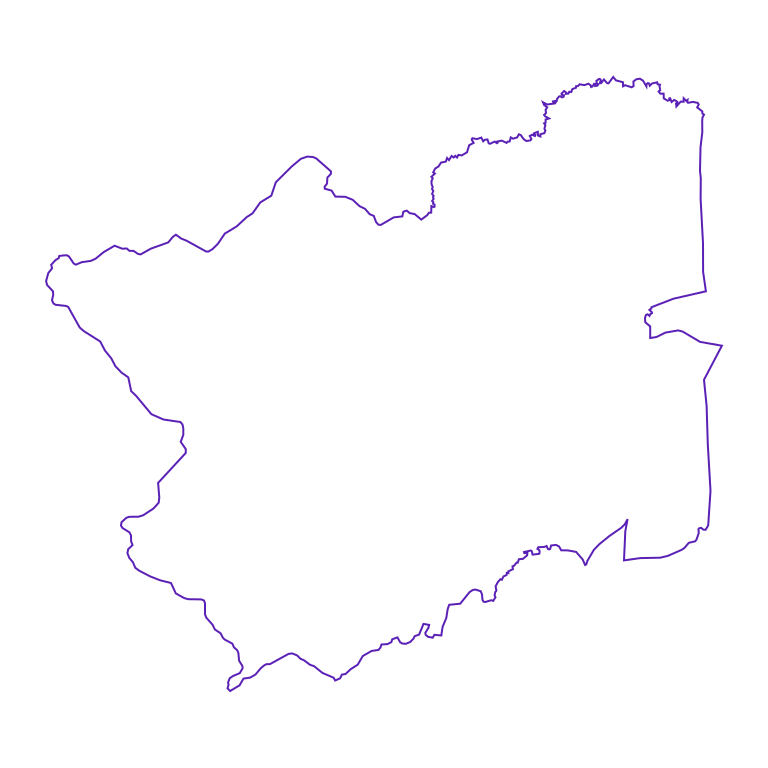 the district of Srinagarindra, Phatthalung, Thailand
{"feature_id": "78962969B8078558348171", "entity_name": "Srinagarindra", "entity_type": "district", "adm_level": 2, "iso_a3": "THA", "parent_name": "Thailand", "parent_adm1": "Phatthalung", "projection": "albers", "projection_center": [99.922, 7.561], "detail": "fine", "context": "isolated", "style": "outline", "palette": "violet", "viewbox_px": 768, "rotation_deg": 0, "n_neighbors": 0, "source": "geoboundaries", "source_scale": "gbopen_adm2", "svg_char_len": 6031}
<svg xmlns="http://www.w3.org/2000/svg" viewBox="0 0 768 768"><path d="M670.1,98.2L669.3,98.4L669.3,100.2L667.6,100.7L663.8,98.4L663.6,93.6L660.4,93.7L658.6,91.5L660.2,90.2L659.5,86.1L660.0,84.7L657.6,84.3L657.2,82.3L652.0,83.5L649.8,85.7L649.0,83.5L647.9,83.1L646.5,84.2L646.4,86.4L643.0,80.6L639.9,78.7L636.3,79.3L633.4,81.5L633.6,86.1L631.7,87.3L625.1,85.2L623.1,86.3L622.9,82.2L616.0,80.4L613.2,77.0L608.5,83.3L607.2,83.2L603.9,79.5L601.1,83.2L599.9,83.1L600.8,80.2L600.3,79.2L599.0,78.9L596.4,80.9L596.6,82.9L598.2,84.5L597.4,85.6L595.3,86.0L595.5,84.1L594.1,83.8L592.6,86.4L591.1,87.0L590.8,85.4L588.3,83.7L584.5,85.1L579.6,84.3L577.9,86.1L576.1,86.2L575.9,87.8L572.3,89.1L571.3,92.0L569.3,91.7L568.4,93.6L565.9,93.8L566.2,92.6L564.1,91.0L561.5,93.7L562.0,94.8L564.0,95.3L563.5,96.9L562.0,97.4L560.2,96.2L559.0,96.5L557.0,99.0L556.8,100.7L553.0,101.4L553.4,102.5L555.5,102.6L555.0,103.4L547.1,104.5L543.0,102.3L544.2,105.1L547.2,107.3L545.6,109.8L546.0,113.1L544.1,114.9L545.1,116.3L549.0,118.5L545.6,119.5L545.6,122.7L544.1,123.3L545.4,125.2L544.4,128.7L545.4,130.5L544.3,133.2L540.4,134.2L540.4,136.5L538.0,135.5L537.8,131.8L533.8,133.4L533.9,134.3L535.4,135.0L535.0,136.0L531.9,134.8L529.8,136.0L531.4,139.0L530.4,140.4L526.4,141.0L523.6,139.1L520.9,135.2L518.9,134.3L517.2,137.4L513.0,138.7L510.8,137.4L509.6,141.5L507.6,141.7L506.6,142.9L501.7,140.6L497.1,141.6L497.6,142.7L496.9,143.2L494.6,141.6L490.0,143.8L488.7,143.3L487.5,139.5L484.8,139.8L483.2,141.3L481.3,137.6L476.9,139.1L472.4,138.2L471.7,139.6L473.6,142.9L469.2,145.2L467.0,152.3L461.8,155.4L458.4,154.9L457.0,157.5L455.3,155.8L453.7,157.5L451.6,156.0L449.0,160.1L447.1,158.0L445.8,161.6L441.0,162.6L438.5,166.5L435.2,168.5L433.2,172.4L434.9,173.6L431.4,176.8L432.7,178.3L431.5,181.1L431.5,183.8L432.7,187.2L432.0,189.0L433.3,191.0L432.1,194.0L433.6,196.0L433.0,197.3L433.6,198.9L432.1,201.0L433.4,202.3L433.0,203.7L434.5,204.6L434.6,206.6L433.7,207.1L431.4,206.1L431.2,212.6L428.8,212.8L427.3,215.1L421.3,219.6L414.7,214.1L409.7,213.1L406.7,210.6L403.4,211.7L402.3,216.4L393.7,217.4L380.8,224.9L378.4,224.7L376.1,222.1L373.8,215.9L369.7,214.2L365.0,208.8L359.6,206.2L352.7,199.8L345.3,196.8L335.4,196.6L331.6,190.6L324.8,188.7L324.6,186.7L327.0,183.7L327.4,177.5L330.9,173.9L330.9,171.3L316.2,158.4L312.9,157.0L307.2,156.6L300.9,158.8L291.6,166.6L275.8,182.3L271.3,195.7L260.3,202.4L252.5,213.4L246.7,217.1L236.7,226.4L224.8,233.6L217.9,243.8L212.4,249.2L208.6,251.5L206.1,251.5L186.4,240.6L181.3,238.6L175.9,234.7L172.7,237.0L168.3,242.4L151.0,248.6L140.6,254.4L138.1,254.0L133.6,250.9L129.5,250.9L126.8,248.5L122.2,248.7L114.6,245.7L103.7,252.1L95.6,258.7L90.8,260.9L81.7,262.2L75.8,264.7L73.7,263.5L69.0,256.5L67.0,255.3L63.7,255.4L59.2,256.0L58.7,258.2L55.5,260.1L51.2,264.8L52.1,268.3L48.3,273.0L46.1,281.1L47.1,285.0L53.0,291.4L53.2,295.0L52.0,300.3L53.4,303.4L55.6,304.8L65.8,305.9L68.2,306.9L79.7,327.5L83.8,331.1L100.2,341.5L105.0,350.6L111.3,358.4L115.4,366.2L121.5,372.6L128.3,377.4L131.2,391.2L135.9,395.6L151.4,414.2L163.4,419.5L180.4,422.0L182.5,424.5L183.3,428.4L183.3,434.9L180.7,441.8L185.8,449.2L185.7,453.0L158.1,482.9L159.3,497.5L158.7,502.7L153.5,508.5L143.3,515.2L138.6,516.7L129.3,516.8L126.3,517.8L121.5,522.3L121.0,525.6L122.5,528.0L129.4,532.3L131.0,535.4L131.1,541.3L132.5,545.1L128.2,549.2L127.4,553.1L129.3,557.9L132.9,562.2L135.3,567.8L139.2,570.7L150.2,576.4L160.2,580.3L171.0,583.0L175.8,593.4L184.2,598.1L188.3,599.2L201.3,599.4L204.0,600.5L205.0,603.2L205.0,614.4L206.3,617.7L212.7,624.9L214.8,629.4L220.7,633.4L222.8,637.6L224.6,639.5L232.3,643.6L234.0,647.4L237.0,650.0L238.3,652.6L239.1,660.7L242.4,666.0L242.6,668.3L239.8,673.1L232.8,676.1L229.7,678.3L228.0,682.7L228.6,684.7L227.5,688.3L230.1,691.0L239.6,685.3L243.5,678.6L250.2,677.6L255.5,674.5L260.8,668.2L264.7,665.0L266.8,664.1L270.0,664.1L288.5,653.9L292.2,653.4L297.1,655.4L300.5,658.8L303.9,660.2L309.9,664.7L314.1,666.2L322.4,672.9L333.6,677.7L335.2,680.5L340.1,678.3L341.9,674.6L345.6,674.0L350.6,669.2L357.7,664.7L362.8,656.0L371.7,650.9L378.4,650.0L380.4,647.7L381.5,644.5L387.5,644.1L391.4,642.1L392.2,639.3L397.4,637.4L400.2,642.3L402.2,643.5L405.9,643.8L410.2,642.0L413.7,638.4L414.6,636.2L419.1,634.6L423.5,623.9L429.1,624.9L428.4,627.9L425.3,632.9L425.7,634.9L428.1,636.8L432.7,637.7L434.4,634.8L441.3,635.5L442.6,626.8L446.3,618.0L447.7,609.0L449.2,604.8L460.2,603.7L469.5,592.2L472.4,590.2L475.2,589.5L480.7,591.2L482.0,594.4L482.5,599.9L483.6,601.7L485.3,602.0L491.3,600.2L493.2,600.9L495.5,597.2L494.6,595.5L495.2,592.1L496.4,590.7L495.6,586.3L497.9,582.0L500.4,579.2L501.8,579.8L503.5,576.4L506.6,575.0L506.8,572.9L508.4,573.1L508.3,571.4L512.9,569.2L512.5,566.3L514.0,565.8L516.7,562.5L517.8,562.6L518.9,559.2L522.9,558.9L527.1,555.4L527.4,552.9L524.3,553.1L524.0,552.0L530.8,550.5L531.8,551.3L532.6,554.6L538.7,553.9L539.4,553.6L539.6,551.3L539.2,550.0L537.4,548.9L538.3,547.2L544.2,547.0L546.6,546.0L547.9,549.0L549.0,549.4L550.1,549.1L551.1,545.5L556.0,544.9L559.1,546.5L561.2,550.3L567.9,550.4L576.1,551.9L582.7,559.5L585.1,565.0L586.3,564.3L587.3,561.0L593.9,549.8L599.3,544.2L609.4,536.0L621.4,527.7L624.8,524.3L627.6,519.1L625.3,531.2L624.0,560.4L640.2,558.1L660.2,557.7L667.8,555.9L681.3,550.0L684.4,548.0L688.8,542.8L695.2,541.3L696.5,539.6L698.8,532.9L698.4,529.2L699.1,528.3L701.0,527.8L703.3,529.6L705.6,529.8L708.2,525.4L710.5,490.9L707.8,444.4L706.6,405.8L704.0,379.8L721.9,345.7L700.1,341.9L682.7,331.6L678.2,330.4L665.4,332.6L656.5,337.0L650.2,338.0L650.2,326.4L645.3,322.3L645.0,318.1L645.9,315.0L647.6,314.3L649.5,315.9L650.3,314.1L651.9,313.3L651.9,312.3L649.4,309.9L651.3,308.5L651.5,307.2L673.5,298.7L705.9,291.3L703.1,271.8L703.0,243.2L700.6,198.7L700.8,178.4L700.0,170.9L700.5,147.4L702.3,132.4L702.2,120.8L702.5,117.5L704.0,114.6L702.4,113.6L702.3,111.4L697.2,107.4L698.7,104.5L697.8,102.9L693.0,101.9L688.0,102.8L687.2,101.8L687.5,99.9L686.2,100.8L683.7,98.3L683.6,101.8L680.7,101.6L676.4,106.5L676.0,103.5L677.3,102.9L677.3,101.7L674.2,99.9L671.6,102.0L670.1,98.2Z" fill="none" stroke="#5b21b6" stroke-width="2"/></svg>